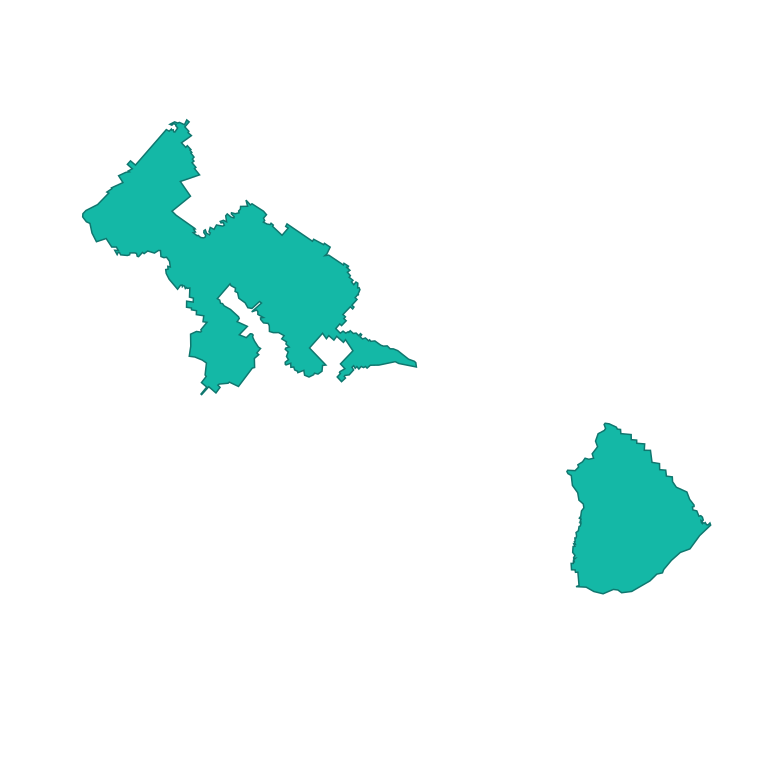 Mecayapan, Veracruz, Mexico (Natural Earth projection), rotated 132°
{"feature_id": "50627088B77395732347793", "entity_name": "Mecayapan", "entity_type": "district", "adm_level": 2, "iso_a3": "MEX", "parent_name": "Mexico", "parent_adm1": "Veracruz", "projection": "natural_earth1", "projection_center": [-94.816, 18.315], "detail": "fine", "context": "isolated", "style": "filled", "palette": "teal", "viewbox_px": 768, "rotation_deg": 132, "n_neighbors": 0, "source": "geoboundaries", "source_scale": "gbopen_adm2", "svg_char_len": 6134}
<svg xmlns="http://www.w3.org/2000/svg" viewBox="0 0 768 768"><g transform="rotate(132 384 384)"><path d="M466.4,668.9L464.0,669.6L463.3,668.5L464.2,666.1L460.2,660.7L458.2,659.5L456.5,660.4L453.3,656.9L452.6,655.3L454.2,652.8L453.6,651.6L447.8,651.5L447.6,649.5L443.3,648.6L440.3,642.2L435.6,640.9L434.4,639.4L438.5,635.1L437.4,632.1L435.3,630.4L436.3,625.6L440.0,621.1L441.2,623.4L443.2,621.3L445.0,622.8L447.6,619.8L449.9,613.8L451.7,600.8L446.7,601.3L445.5,600.0L447.3,598.4L445.7,599.7L444.7,597.8L446.0,595.5L444.5,595.3L444.6,594.2L442.6,592.5L449.6,586.7L447.7,583.1L450.8,580.6L454.5,586.1L459.1,582.1L456.4,577.9L457.7,576.7L455.0,572.4L458.0,569.9L453.9,563.6L458.8,560.2L456.6,556.8L466.2,556.4L467.0,554.9L468.2,555.1L470.4,558.5L476.4,561.1L485.2,552.9L493.7,547.3L490.5,542.6L487.8,535.0L487.2,530.0L497.0,523.0L497.3,521.2L505.1,520.6L504.9,513.7L513.9,513.3L513.9,512.4L503.3,512.4L503.1,502.9L496.2,503.6L496.0,506.7L494.3,506.4L487.8,500.4L486.1,500.2L483.2,490.5L460.3,492.5L458.3,491.2L451.8,497.4L446.0,496.7L446.0,499.3L440.2,499.5L440.6,502.1L438.7,509.1L436.9,513.2L435.2,514.0L435.1,515.6L436.1,517.0L441.7,517.4L444.3,524.5L432.6,524.1L436.0,534.9L432.2,535.4L431.4,537.0L431.3,547.9L432.9,555.2L432.3,557.8L433.4,559.5L431.6,562.2L432.1,565.0L412.6,565.4L413.3,563.5L412.1,558.5L414.9,556.6L414.1,553.9L417.4,549.3L416.6,541.5L418.4,536.2L416.2,532.7L406.0,531.7L405.8,529.2L418.9,530.6L414.3,528.1L414.6,526.2L416.7,524.3L415.3,518.1L417.5,520.0L418.6,518.8L419.2,514.4L416.5,510.7L417.4,508.3L421.6,504.3L419.9,500.6L416.3,496.7L414.9,490.6L418.9,490.2L417.9,484.7L419.9,483.6L420.0,479.2L423.2,481.1L424.3,480.6L424.3,476.7L428.8,474.9L429.8,471.3L433.9,472.0L435.4,470.6L435.4,469.6L431.0,467.2L433.9,464.4L431.8,462.4L433.3,459.8L432.4,456.8L433.2,455.6L427.5,452.7L430.6,448.9L429.0,444.4L424.2,442.5L422.5,442.9L420.8,439.7L416.0,438.6L411.3,442.1L408.8,439.9L407.1,463.5L387.4,463.6L388.9,457.1L385.0,457.4L384.9,450.6L380.2,451.0L380.2,442.0L376.8,442.3L380.1,429.3L398.2,429.8L398.8,423.3L404.3,425.0L405.3,424.7L405.4,423.4L410.1,423.5L410.7,417.1L405.4,416.6L405.0,418.6L403.8,418.8L400.5,416.0L393.9,416.0L393.0,419.0L390.7,418.8L391.6,415.9L389.2,415.8L389.7,412.7L386.2,412.7L385.5,410.2L383.4,409.5L383.5,407.2L379.2,406.7L373.3,400.4L359.9,390.6L358.9,386.8L349.7,371.3L346.9,374.6L346.8,376.6L349.1,382.3L350.0,396.1L351.6,400.5L353.7,403.0L353.5,407.1L356.2,409.7L357.3,412.4L358.1,419.6L361.2,422.4L360.8,424.2L362.2,424.4L362.2,428.6L364.9,430.1L364.9,433.2L362.3,433.6L362.3,435.2L364.9,435.1L364.8,438.8L367.0,440.6L367.0,444.8L369.2,444.7L369.2,445.6L371.8,446.5L372.1,449.8L375.5,450.5L375.1,456.9L369.0,457.1L369.0,454.6L362.3,454.4L362.3,457.6L359.9,457.6L359.9,461.0L349.2,460.7L349.2,457.5L346.9,457.8L346.9,460.6L339.2,460.6L339.2,463.2L335.5,463.3L334.5,462.3L334.8,463.3L330.0,465.0L329.1,467.0L330.2,467.9L326.6,470.9L327.0,473.1L330.4,472.9L329.9,476.5L327.7,476.4L328.0,481.3L326.0,481.5L325.4,486.0L322.3,485.4L322.3,490.7L322.0,488.8L320.2,489.2L321.1,494.5L322.7,493.8L325.2,511.3L328.1,513.8L325.6,513.5L318.3,515.6L319.3,522.4L320.8,522.1L323.5,533.1L325.8,532.7L329.9,563.2L332.7,562.5L332.2,559.5L341.7,559.3L341.4,572.3L340.0,572.6L340.1,575.5L341.6,575.2L343.4,577.9L344.4,582.0L342.4,582.0L341.4,584.5L336.8,584.6L336.2,589.2L338.4,602.7L340.3,603.1L339.7,609.6L343.2,604.3L348.0,609.4L350.2,607.7L352.7,607.8L353.8,606.3L357.0,608.5L358.8,611.9L359.7,611.3L359.9,607.3L361.0,606.7L362.3,609.2L362.5,614.3L364.9,614.2L368.8,609.5L369.8,612.9L372.8,614.5L373.4,612.9L371.6,611.5L372.9,608.8L374.7,609.6L377.9,614.9L382.8,613.8L383.9,617.9L388.0,615.9L387.9,614.2L389.9,613.5L390.7,616.7L389.0,620.0L390.5,620.4L392.1,619.2L392.8,616.0L394.6,615.2L396.1,615.8L397.8,618.3L397.9,621.5L398.9,622.2L399.2,627.1L397.2,625.8L396.4,629.1L395.1,628.0L395.0,628.7L397.7,651.4L397.4,657.2L373.9,653.5L369.8,670.9L352.0,661.0L350.7,669.0L348.9,668.7L348.0,674.7L345.5,674.4L345.1,676.9L342.5,677.0L341.6,682.1L340.5,681.8L340.0,684.7L339.0,684.4L338.5,689.6L340.8,689.7L340.3,695.9L328.3,693.3L328.3,697.8L326.8,698.1L326.2,704.0L319.6,704.2L319.7,707.3L324.8,705.8L326.5,711.1L328.1,711.9L329.3,715.0L334.3,716.9L333.6,714.8L331.3,714.6L330.4,712.1L331.4,711.6L331.8,708.7L336.7,708.0L337.3,709.1L336.1,710.6L337.4,711.8L336.9,712.6L339.9,712.8L340.6,716.0L387.6,715.2L387.8,721.7L392.5,721.7L392.5,715.1L396.8,716.6L396.7,715.2L399.5,717.5L406.8,720.6L409.0,712.8L420.6,717.8L420.9,716.9L426.8,718.4L426.3,716.3L442.3,716.9L454.5,721.6L458.9,721.7L461.4,719.8L461.8,718.1L462.6,713.7L461.4,710.0L467.2,702.0L470.7,692.9L461.8,687.8L464.4,678.0L461.3,674.5L462.5,670.8L464.8,673.6L466.4,668.9ZM314.3,185.9L315.5,183.8L320.5,184.0L325.2,189.8L326.7,189.5L327.5,187.3L326.7,183.6L333.3,176.1L335.2,167.3L339.9,161.4L339.8,155.7L342.3,152.6L346.2,152.3L351.2,148.9L352.1,149.3L352.2,148.2L353.0,148.6L352.8,147.0L354.9,146.3L354.8,145.3L356.1,145.6L355.9,144.3L358.2,143.1L359.4,143.7L363.0,141.4L365.9,141.9L368.1,139.2L370.0,138.3L370.7,139.1L373.0,136.7L373.9,137.0L375.0,134.6L375.8,136.0L376.9,133.5L378.3,134.7L382.9,131.1L383.6,127.4L386.4,126.8L386.8,126.0L385.7,125.2L387.6,125.4L389.2,123.0L389.0,124.6L390.7,123.3L392.1,124.9L396.6,120.3L394.3,117.6L395.8,115.7L394.1,114.0L403.3,104.2L406.1,105.7L399.7,97.8L397.8,89.2L393.3,80.8L383.2,76.1L380.6,72.4L380.1,67.7L372.4,61.1L352.3,54.6L342.7,54.0L338.0,50.7L334.7,52.0L322.7,52.4L310.9,51.1L301.8,46.3L285.4,48.0L270.3,46.8L269.2,48.8L272.0,48.9L272.7,50.3L272.0,52.6L273.4,52.9L273.7,55.1L274.6,54.3L274.6,55.3L273.3,57.1L272.9,55.7L271.5,55.7L269.9,58.3L269.9,60.5L271.5,61.5L269.0,66.6L270.9,70.2L269.0,72.5L267.6,71.6L266.5,72.6L265.2,79.7L261.6,86.6L265.1,97.7L263.5,104.2L260.1,107.6L263.5,112.5L259.5,117.0L263.2,121.8L258.8,126.0L262.9,132.4L255.0,141.6L259.1,146.2L254.1,150.2L258.9,156.5L256.6,158.7L259.9,163.0L256.2,166.5L262.4,174.8L259.5,177.8L261.4,180.4L260.6,182.4L262.9,190.0L265.2,193.4L266.8,193.3L268.8,189.6L271.0,189.2L277.7,191.6L284.9,188.6L287.7,183.3L296.6,182.6L298.9,178.6L302.9,181.4L304.6,184.9L309.0,184.4L314.3,185.9Z" fill="#14b8a6" stroke="#0f766e" stroke-width="1.5"/></g></svg>